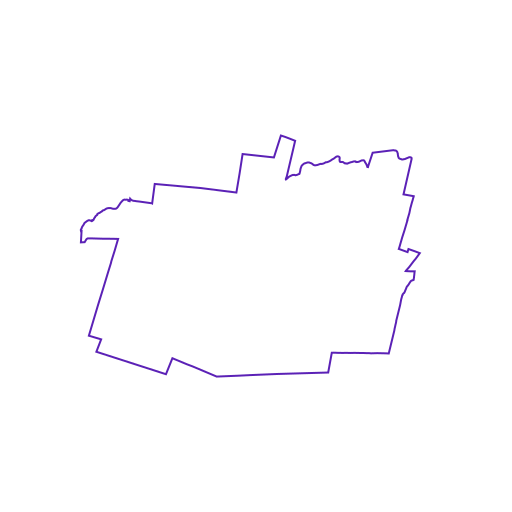 the district of Radomiresti, Olt, Romania, rotated 121°
{"feature_id": "2599482B17216146202698", "entity_name": "Radomiresti", "entity_type": "district", "adm_level": 2, "iso_a3": "ROU", "parent_name": "Romania", "parent_adm1": "Olt", "projection": "equal_earth", "projection_center": [24.652, 44.109], "detail": "fine", "context": "isolated", "style": "outline", "palette": "violet", "viewbox_px": 512, "rotation_deg": 121, "n_neighbors": 0, "source": "geoboundaries", "source_scale": "gbopen_adm2", "svg_char_len": 5880}
<svg xmlns="http://www.w3.org/2000/svg" viewBox="0 0 512 512"><g transform="rotate(121 256 256)"><path d="M316.0,420.0L317.6,419.9L318.6,419.9L319.4,420.0L320.2,420.0L321.2,420.0L321.7,419.8L322.2,419.7L323.4,419.7L323.9,419.6L324.7,418.9L325.0,418.6L324.6,418.3L334.5,413.1L332.4,410.0L332.1,410.0L329.1,410.0L328.4,409.8L327.6,409.3L326.1,406.9L319.8,395.7L315.1,387.8L312.4,383.0L324.2,379.9L335.0,377.3L336.8,376.7L345.0,374.7L363.7,370.0L379.2,366.2L410.4,358.2L407.2,345.8L420.3,343.5L403.7,272.3L386.7,275.0L384.4,259.5L383.3,253.5L379.6,227.6L367.5,209.2L361.0,199.5L346.3,177.2L318.7,134.1L299.9,141.2L299.4,140.4L298.8,139.5L297.3,136.8L296.8,135.8L296.4,135.2L294.4,131.7L293.5,130.3L292.4,128.5L290.3,124.8L289.7,123.9L289.1,122.9L288.6,122.2L288.1,121.3L286.4,118.4L285.8,117.3L284.0,114.3L282.1,110.8L281.0,109.0L280.2,107.3L276.8,102.0L273.6,96.4L272.4,94.3L271.2,92.0L248.8,99.0L246.8,99.8L244.3,100.6L243.5,100.9L241.2,101.6L239.9,102.1L239.4,102.4L224.1,107.1L222.2,107.8L219.8,108.7L218.1,109.3L216.2,109.8L214.7,110.3L214.4,110.3L214.2,110.2L213.8,110.3L213.6,110.4L213.5,110.5L213.2,110.5L212.2,110.3L211.9,110.3L211.4,110.0L211.2,110.0L210.9,110.0L209.8,110.1L208.7,110.3L206.4,110.6L205.6,110.8L204.5,110.9L203.9,110.8L203.2,110.6L202.3,110.6L202.0,110.5L201.4,110.5L200.1,110.5L199.6,110.5L199.3,110.5L198.9,110.4L198.2,110.4L197.9,110.4L197.4,110.2L197.2,110.1L196.9,109.9L196.7,109.8L196.6,109.6L196.0,109.1L195.9,109.0L195.7,109.0L195.3,108.6L195.0,108.7L194.1,109.1L193.8,109.3L193.2,109.4L192.1,110.0L191.1,110.4L188.6,111.6L187.6,112.0L187.4,112.1L188.1,113.2L189.4,115.4L189.9,116.3L191.5,119.3L191.8,119.9L191.5,119.9L189.3,119.5L186.6,119.0L184.8,118.8L182.0,118.5L179.3,118.2L177.9,118.0L176.9,117.8L176.0,117.7L171.8,117.3L169.2,117.1L169.8,120.4L170.1,122.1L171.5,128.9L174.6,128.1L175.4,132.2L176.3,136.9L176.4,137.2L173.9,137.8L169.5,139.0L168.3,139.3L165.0,140.2L157.7,141.9L151.9,143.4L147.3,144.6L147.3,144.8L140.4,146.6L139.8,146.8L137.8,147.5L135.3,148.4L133.7,148.8L133.4,148.9L129.9,149.9L127.8,150.4L125.4,151.1L124.0,151.4L123.5,151.6L127.2,161.3L92.7,172.6L91.9,173.1L91.9,173.3L91.7,173.8L91.8,174.1L91.8,174.3L92.0,174.8L92.1,175.1L92.4,175.5L92.7,175.8L93.0,176.0L93.9,176.6L94.3,176.9L94.6,177.2L94.7,177.3L94.8,177.4L94.9,177.5L95.5,177.7L95.7,177.9L96.4,178.5L96.9,179.2L97.5,179.7L97.8,180.1L98.2,180.9L98.2,181.0L98.2,181.3L98.2,181.6L98.3,181.8L98.4,182.2L98.5,182.7L98.6,183.2L98.6,183.4L98.5,183.8L98.4,184.2L98.3,184.4L98.1,184.6L97.7,185.0L97.3,185.6L97.0,185.8L96.4,186.3L96.0,186.7L95.4,187.0L94.1,188.5L93.9,188.8L93.7,189.5L93.6,190.3L93.7,190.6L93.8,190.9L93.9,191.2L94.1,191.5L94.4,192.2L94.4,192.4L94.5,192.7L107.4,209.2L120.3,206.3L121.2,206.1L122.1,205.8L122.2,206.1L122.3,206.3L122.2,206.4L122.2,206.6L121.5,207.3L121.3,207.7L120.8,208.2L120.4,208.9L119.9,209.9L119.5,210.8L119.2,211.1L118.8,211.8L118.6,212.2L118.5,212.4L118.5,212.7L118.5,213.0L118.8,213.4L119.1,213.9L119.5,214.4L119.7,214.7L122.1,216.3L122.4,216.6L122.7,216.9L123.1,217.3L123.4,217.9L123.5,218.2L123.6,218.3L123.8,218.4L123.9,218.5L123.9,218.9L123.8,219.2L123.7,219.4L123.7,219.5L124.1,220.2L124.3,220.5L124.7,221.0L125.7,221.9L126.0,222.1L126.7,222.9L127.0,223.2L127.3,223.4L128.2,224.2L128.7,224.5L129.0,224.7L129.2,225.0L129.7,225.3L130.0,225.5L130.2,226.5L130.3,226.8L130.5,226.9L130.7,227.1L130.8,227.3L130.8,228.4L130.7,229.4L130.7,229.7L130.7,229.9L130.9,230.4L131.2,230.9L131.7,231.5L131.9,232.0L132.0,232.4L131.9,232.7L131.6,233.1L131.1,233.5L130.5,234.0L129.3,234.5L128.8,234.8L128.4,235.2L128.2,235.6L128.2,235.9L128.2,236.3L128.3,236.8L128.5,237.3L128.9,237.8L129.5,238.3L130.1,238.6L132.0,239.3L132.9,239.7L133.7,240.3L134.7,240.7L135.8,241.2L137.0,241.9L137.9,242.5L138.5,243.0L139.1,243.5L139.6,244.3L139.9,244.6L140.3,244.8L140.9,245.1L141.4,245.4L141.7,245.6L142.3,246.1L143.3,247.1L143.6,247.9L144.3,248.6L144.9,249.1L145.7,249.7L146.4,250.3L147.6,251.7L148.0,252.3L148.2,253.1L148.3,253.5L148.3,253.9L148.0,255.1L148.1,255.7L148.0,256.2L148.1,256.6L148.2,256.9L148.3,257.4L148.4,258.3L148.6,258.9L148.9,259.4L149.3,260.0L150.4,261.0L151.1,261.5L151.3,261.8L151.6,262.1L151.9,262.3L153.1,262.8L154.9,263.3L155.5,263.3L157.1,263.0L158.0,262.8L158.8,262.6L159.3,262.3L161.0,261.7L162.7,261.2L162.8,261.2L163.0,261.1L163.3,261.1L163.5,261.4L163.8,261.6L164.1,261.8L164.9,262.3L165.5,262.8L165.7,263.0L166.0,263.3L166.4,263.6L166.5,263.9L166.6,264.7L167.1,265.3L167.2,265.6L167.3,265.9L167.8,266.4L168.3,266.8L170.8,268.4L171.3,268.6L172.4,268.9L173.1,269.1L174.6,269.6L174.9,269.7L175.0,269.8L174.9,269.9L174.7,270.1L174.2,270.2L173.2,270.4L172.0,270.6L144.5,279.4L137.1,281.8L137.3,283.0L138.0,287.3L138.9,292.3L139.9,296.7L162.3,291.4L175.5,320.0L193.9,312.5L211.7,305.5L226.1,338.1L246.4,379.9L264.4,372.1L264.4,372.3L269.3,383.8L270.8,387.1L271.1,388.0L271.7,389.2L272.1,390.6L272.1,391.6L272.1,392.1L271.7,393.4L274.1,392.5L274.5,393.8L274.2,394.0L273.8,394.3L273.8,394.5L273.8,394.8L273.9,395.1L274.1,395.5L274.3,396.0L274.7,396.4L274.9,396.7L275.2,397.4L275.5,397.9L276.0,398.3L276.6,398.7L278.7,399.2L280.6,399.5L281.7,399.5L285.4,399.7L286.0,399.8L286.7,400.0L287.4,400.3L287.8,400.7L288.2,401.2L288.6,401.9L289.0,402.6L289.3,403.3L289.7,405.0L290.0,405.7L290.8,407.0L291.4,407.7L292.1,408.4L292.9,408.9L293.8,409.3L295.0,409.9L295.6,410.6L296.1,410.8L296.4,411.0L296.8,410.9L297.4,411.2L297.8,411.4L298.5,411.9L299.3,412.1L299.7,412.3L300.4,413.0L300.6,413.1L301.1,413.3L301.7,413.5L301.9,413.6L302.1,413.5L302.4,413.3L302.6,413.3L304.1,413.9L305.0,414.1L305.7,413.9L306.1,414.0L306.6,414.1L307.3,414.1L307.9,414.0L308.4,413.9L308.8,413.9L309.2,414.0L309.4,414.1L309.4,414.3L309.3,414.5L309.5,414.8L310.2,414.5L310.3,414.5L310.6,414.6L310.8,414.8L310.8,415.9L311.0,416.6L311.2,417.3L311.4,417.7L311.9,418.1L312.8,418.7L314.0,419.2L315.0,419.6L316.0,420.0Z" fill="none" stroke="#5b21b6" stroke-width="2"/></g></svg>